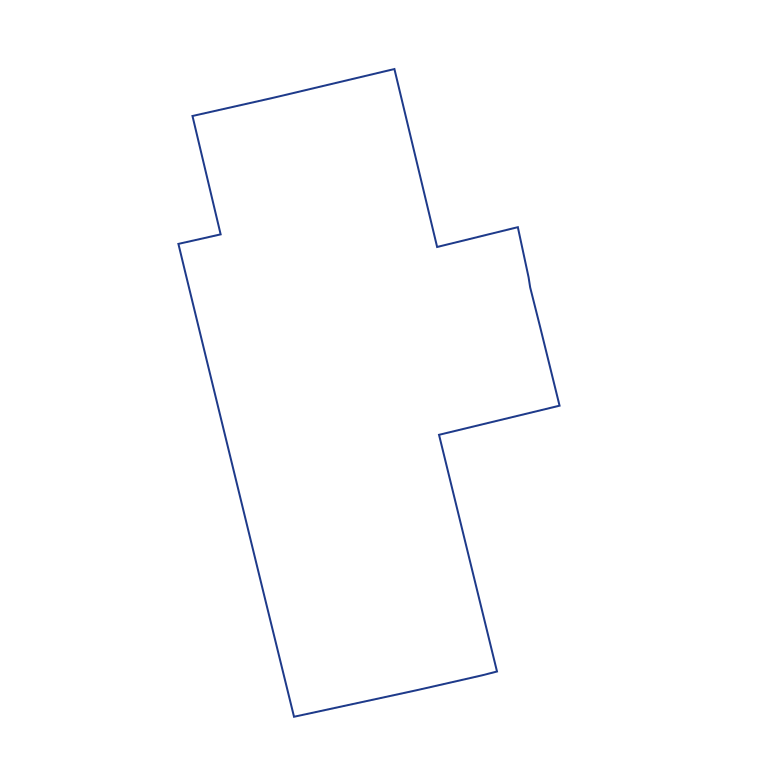 the district of Clay, Indiana, United States of America, rotated 346°
{"feature_id": "52423323B18032959823842", "entity_name": "Clay", "entity_type": "district", "adm_level": 2, "iso_a3": "USA", "parent_name": "United States of America", "parent_adm1": "Indiana", "projection": "natural_earth1", "projection_center": [-87.089, 39.388], "detail": "fine", "context": "isolated", "style": "outline", "palette": "blue", "viewbox_px": 768, "rotation_deg": 346, "n_neighbors": 0, "source": "geoboundaries", "source_scale": "gbopen_adm2", "svg_char_len": 402}
<svg xmlns="http://www.w3.org/2000/svg" viewBox="0 0 768 768"><g transform="rotate(346 384 384)"><path d="M470.3,80.9L346.3,79.5L263.0,77.6L261.7,199.3L218.4,198.3L218.2,226.7L217.7,319.7L216.6,563.3L216.2,685.1L341.0,689.0L408.7,690.4L424.1,690.3L425.1,446.6L549.1,447.5L549.3,366.7L549.2,325.6L550.1,315.5L551.8,264.2L468.7,263.9L470.3,80.9Z" fill="none" stroke="#1e3a8a" stroke-width="2"/></g></svg>